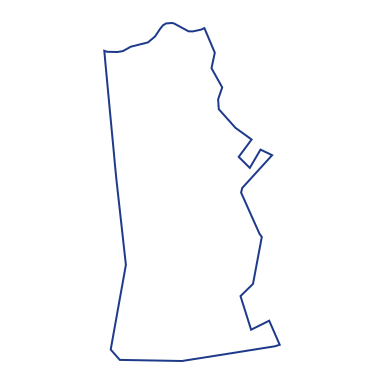 outline of Kenton, Kentucky, United States of America
{"feature_id": "52423323B50751707064389", "entity_name": "Kenton", "entity_type": "district", "adm_level": 2, "iso_a3": "USA", "parent_name": "United States of America", "parent_adm1": "Kentucky", "projection": "albers", "projection_center": [-84.527, 38.946], "detail": "fine", "context": "isolated", "style": "outline", "palette": "blue", "viewbox_px": 384, "rotation_deg": 0, "n_neighbors": 0, "source": "geoboundaries", "source_scale": "gbopen_adm2", "svg_char_len": 693}
<svg xmlns="http://www.w3.org/2000/svg" viewBox="0 0 384 384"><path d="M110.7,349.6L119.8,359.9L182.0,361.0L274.8,346.3L279.7,344.8L269.2,320.7L251.1,329.7L240.5,296.1L253.0,283.9L261.8,236.9L259.5,233.8L241.1,192.6L242.2,188.0L272.1,155.2L260.5,149.6L249.8,167.9L238.7,156.9L251.6,139.5L235.4,127.8L218.8,109.2L218.1,99.4L222.2,87.4L211.5,68.2L214.8,52.7L204.4,28.1L201.2,29.6L192.9,31.4L188.5,31.3L174.3,23.6L172.4,23.0L166.2,23.4L163.1,25.2L160.5,28.3L155.0,36.5L148.3,42.1L148.0,42.4L130.8,46.7L122.9,51.1L117.5,52.0L107.1,51.8L104.3,50.8L105.5,64.1L110.0,112.1L114.2,156.3L114.8,163.3L116.4,179.5L125.9,264.9L116.8,315.5L110.7,349.6Z" fill="none" stroke="#1e3a8a" stroke-width="2"/></svg>